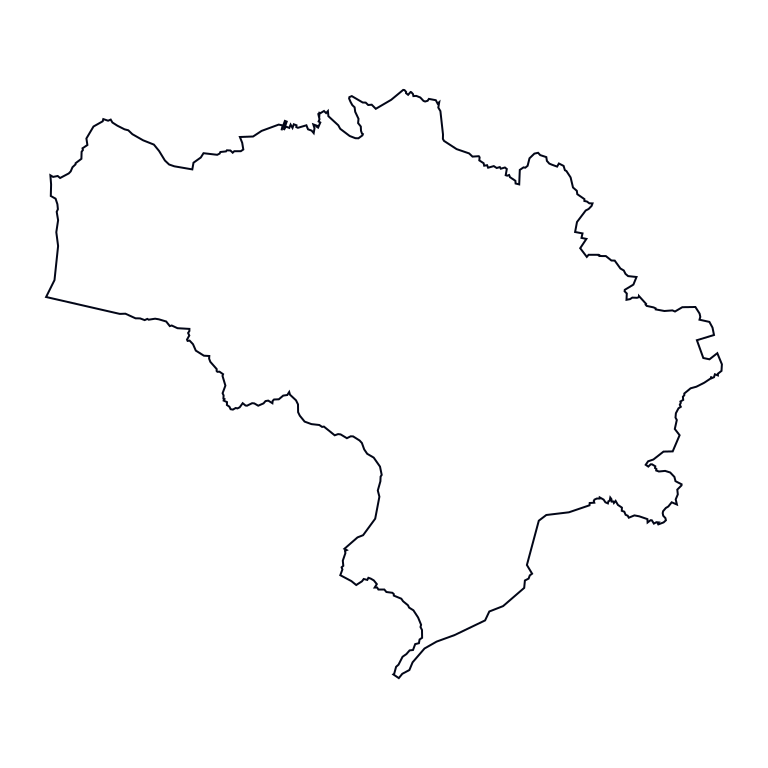 Ixtacamaxtitlán, Puebla, Mexico (Albers equal-area conic projection)
{"feature_id": "50627088B57019790335861", "entity_name": "Ixtacamaxtitlán", "entity_type": "district", "adm_level": 2, "iso_a3": "MEX", "parent_name": "Mexico", "parent_adm1": "Puebla", "projection": "albers", "projection_center": [-97.837, 19.598], "detail": "fine", "context": "isolated", "style": "outline", "palette": "ink", "viewbox_px": 768, "rotation_deg": 0, "n_neighbors": 0, "source": "geoboundaries", "source_scale": "gbopen_adm2", "svg_char_len": 6084}
<svg xmlns="http://www.w3.org/2000/svg" viewBox="0 0 768 768"><path d="M110.7,119.6L108.1,120.7L103.3,119.1L102.7,121.3L93.5,126.5L86.4,138.5L87.4,145.0L82.5,148.3L82.9,150.0L81.6,151.8L81.4,158.8L75.6,163.2L75.5,164.4L72.5,167.2L70.7,171.4L68.8,173.4L60.1,178.0L57.7,176.0L53.1,176.9L50.4,175.3L51.1,184.5L50.8,196.0L55.6,198.7L57.4,204.2L57.9,209.2L56.7,211.8L58.1,220.2L56.3,232.2L58.1,246.0L54.5,280.1L46.1,297.0L119.8,313.9L125.4,313.7L135.5,318.3L140.1,318.4L144.7,320.1L147.3,318.9L148.7,319.7L155.1,318.7L158.8,319.3L166.2,321.5L169.8,326.1L171.7,325.5L177.5,328.2L189.4,328.9L189.4,331.0L188.1,333.0L189.3,335.5L187.0,339.6L187.6,340.9L189.6,340.6L193.0,344.2L195.8,350.6L203.9,355.7L209.3,356.0L209.1,358.6L210.3,361.8L216.7,369.1L216.6,370.9L217.4,371.8L219.5,371.7L223.1,374.2L222.5,375.9L225.4,385.6L222.6,393.2L223.6,395.4L223.4,398.6L224.5,399.1L223.7,400.6L227.0,402.1L226.9,405.0L229.4,406.7L230.6,409.2L232.9,409.6L235.7,408.0L237.5,408.4L239.7,407.3L242.7,403.2L245.5,405.5L247.0,405.7L252.1,403.2L254.3,403.4L258.2,405.7L263.5,403.4L265.5,401.1L268.2,400.6L272.4,403.2L272.7,400.8L274.0,399.5L278.8,399.3L283.2,395.6L287.3,395.0L289.2,392.0L290.0,394.7L296.0,400.3L298.0,404.4L298.1,412.2L299.8,415.7L304.6,421.6L311.4,424.1L319.3,425.0L322.1,426.9L323.9,426.6L334.7,435.3L338.1,434.1L340.6,434.4L346.9,438.2L350.7,436.3L353.1,436.4L359.6,440.5L361.9,443.0L364.2,449.4L367.2,453.8L373.7,457.6L380.0,466.6L381.7,474.9L380.6,476.6L380.4,481.3L377.8,490.5L379.4,496.7L375.2,518.7L363.1,535.2L357.5,537.4L344.4,548.8L346.7,550.1L345.0,550.9L345.4,553.1L342.8,560.7L343.3,565.8L341.6,567.3L342.4,569.5L340.3,575.2L351.4,581.1L356.2,585.0L362.0,581.3L363.7,579.0L367.3,579.9L368.4,577.8L370.7,578.6L373.8,580.4L376.8,584.1L374.7,587.5L377.1,587.5L378.4,589.5L384.3,589.5L386.4,592.0L392.4,592.8L393.8,594.1L393.8,595.6L401.3,598.7L403.1,601.3L408.0,605.3L409.1,607.6L413.4,610.3L418.1,617.5L421.1,624.8L420.5,627.0L422.0,630.0L422.1,637.8L419.6,639.5L418.9,643.2L415.2,644.1L413.0,650.0L409.6,650.4L406.4,654.1L402.6,656.7L398.5,664.7L396.1,666.8L394.2,673.7L393.3,674.4L398.8,678.1L402.3,673.8L409.4,670.0L412.6,662.3L424.5,648.5L436.6,641.6L454.5,635.1L485.1,620.4L489.3,611.5L503.1,606.1L524.2,587.9L524.9,580.5L528.6,578.6L529.8,575.4L532.1,573.7L526.9,565.0L538.8,520.7L546.3,515.0L568.9,512.3L589.5,505.3L589.7,503.0L594.3,502.7L593.8,500.9L594.5,499.6L596.9,498.5L599.6,498.5L599.7,497.4L603.6,499.6L605.4,502.3L607.9,503.4L608.4,501.3L609.7,500.7L610.3,497.6L611.4,499.1L611.7,501.6L613.3,501.5L613.9,503.0L615.6,500.9L617.9,504.9L621.9,507.6L621.8,510.8L624.3,511.7L625.6,514.8L627.7,515.7L628.8,517.7L634.4,515.4L639.2,516.3L647.4,519.1L647.6,522.5L650.6,520.2L651.8,520.3L653.9,523.6L656.4,522.2L658.4,522.4L657.6,523.1L658.3,524.4L663.6,522.4L665.9,520.3L665.4,518.1L663.2,515.7L662.7,513.1L663.1,511.2L665.8,508.0L668.3,506.5L671.7,502.3L676.9,504.5L675.7,499.4L677.8,494.4L677.3,489.6L681.5,485.4L681.6,484.3L675.5,481.2L674.4,476.9L670.2,472.5L665.1,470.9L658.9,471.5L656.2,470.5L656.4,469.0L655.0,468.0L655.3,466.3L652.0,464.3L650.7,464.3L648.3,466.6L645.7,464.8L648.1,461.3L653.4,459.5L663.5,451.6L672.7,451.4L679.6,435.2L674.8,429.0L676.8,420.0L675.5,417.6L675.9,413.2L678.5,408.3L680.8,406.8L679.8,404.8L680.8,402.8L680.4,401.5L683.2,399.9L682.9,396.8L684.3,395.2L684.3,393.5L690.6,388.3L696.4,386.7L704.3,382.7L710.9,378.3L711.1,376.4L711.5,378.3L714.0,377.2L714.9,374.3L717.9,375.4L717.9,373.7L721.5,370.9L721.9,364.3L717.3,353.2L709.5,359.3L703.3,358.0L696.9,340.2L714.0,335.0L712.5,327.6L709.4,321.9L699.5,319.7L700.3,316.9L699.6,313.6L695.4,307.0L682.3,307.2L675.0,311.5L672.4,310.4L664.4,311.0L655.7,309.4L655.7,308.4L653.6,307.4L646.7,305.9L645.6,304.6L646.1,303.9L639.0,296.1L639.0,297.1L637.0,297.8L632.3,297.6L630.1,299.1L626.5,299.8L626.8,293.5L624.6,291.3L624.8,289.8L633.4,284.6L636.5,277.0L628.1,276.1L625.5,273.9L623.8,270.5L620.4,268.5L614.7,260.6L611.4,260.5L605.9,256.1L599.4,256.0L598.7,255.5L600.1,255.3L598.5,254.8L588.6,254.8L586.8,256.9L580.2,248.2L586.4,238.9L581.5,237.9L582.5,233.4L575.1,232.0L577.0,222.0L585.7,210.5L588.6,209.0L591.6,205.9L592.5,203.4L589.3,203.3L586.9,201.5L584.4,201.0L584.4,199.1L577.3,194.2L576.8,190.8L573.0,187.5L570.6,177.4L566.4,171.0L564.9,170.2L563.6,165.9L558.9,163.5L557.1,166.6L551.9,164.7L549.3,163.6L546.9,160.9L546.3,157.1L540.2,155.1L538.1,152.8L534.4,153.6L529.5,158.3L527.6,165.8L525.3,167.7L523.5,167.4L519.8,169.9L519.2,184.4L515.6,183.5L515.4,180.8L510.0,177.2L509.1,175.0L507.2,175.7L505.7,175.2L506.8,169.0L504.9,167.5L500.8,168.7L499.8,167.1L496.7,168.0L493.8,166.1L488.1,167.7L487.1,165.2L484.2,165.7L483.6,163.2L479.3,160.4L479.6,157.3L478.8,156.2L472.5,156.6L469.1,153.4L456.6,149.1L444.0,140.9L442.9,138.9L443.0,134.5L440.4,111.1L438.3,107.6L439.2,102.2L437.6,103.6L435.8,100.2L428.9,98.9L427.6,100.8L425.1,101.5L423.5,100.9L420.3,97.5L416.3,95.9L413.4,96.1L413.0,94.1L411.3,92.2L410.6,92.0L408.1,94.8L406.0,93.1L406.1,91.9L404.5,90.1L403.2,89.9L391.2,99.8L375.8,108.8L371.7,104.7L368.2,105.0L365.7,102.6L362.7,102.5L351.8,96.1L349.4,97.1L349.1,98.5L350.5,101.8L352.3,105.1L354.6,107.3L355.2,111.8L358.5,118.8L358.1,123.1L360.8,126.5L361.0,130.8L362.0,133.6L362.9,134.1L362.4,135.4L358.4,138.3L355.4,138.2L349.7,136.0L340.2,128.8L338.3,125.3L328.4,116.2L327.9,111.1L326.1,113.1L324.0,111.0L320.5,113.1L319.5,112.8L319.4,114.4L318.8,113.5L318.3,114.0L319.5,119.2L318.6,121.5L320.3,122.5L318.1,127.6L316.4,126.5L316.8,125.7L313.3,124.4L314.5,128.3L313.7,133.1L311.6,130.6L308.0,129.3L306.4,125.3L297.9,127.8L296.3,127.1L296.5,125.3L293.8,124.3L292.5,127.9L290.6,124.6L289.3,127.9L285.9,126.6L283.8,130.0L286.7,121.6L284.9,120.9L281.5,130.3L282.7,125.4L278.7,124.6L261.6,130.9L253.1,136.5L239.9,137.0L242.2,142.8L243.3,149.5L240.8,151.2L234.3,151.2L232.7,152.7L230.4,150.5L226.9,150.3L226.0,151.4L220.4,152.0L219.6,153.6L217.2,154.8L203.5,153.2L200.8,157.5L193.5,162.7L192.3,169.4L174.3,166.3L169.1,164.5L164.9,160.5L159.1,151.0L153.9,144.6L143.1,140.3L132.4,134.2L128.3,130.3L124.5,129.3L117.4,125.7L112.4,122.5L110.7,119.6Z" fill="none" stroke="#020617" stroke-width="2"/></svg>